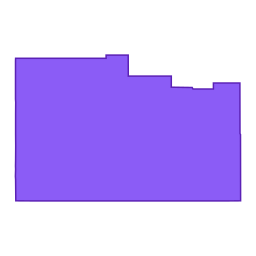 Washington, Utah, United States of America (Robinson projection)
{"feature_id": "52423323B49385096596015", "entity_name": "Washington", "entity_type": "district", "adm_level": 2, "iso_a3": "USA", "parent_name": "United States of America", "parent_adm1": "Utah", "projection": "robinson", "projection_center": [-113.676, 37.309], "detail": "fine", "context": "isolated", "style": "filled", "palette": "violet", "viewbox_px": 256, "rotation_deg": 0, "n_neighbors": 0, "source": "geoboundaries", "source_scale": "gbopen_adm2", "svg_char_len": 595}
<svg xmlns="http://www.w3.org/2000/svg" viewBox="0 0 256 256"><path d="M240.6,200.8L240.5,134.5L240.0,133.7L239.9,83.0L213.4,83.0L213.4,89.0L193.0,89.0L192.2,87.5L171.3,87.2L171.3,76.1L132.0,76.1L128.3,76.1L128.2,55.1L106.1,55.1L106.1,58.3L15.6,58.3L15.5,61.1L15.5,78.8L15.5,82.4L15.5,84.9L15.5,89.5L15.5,99.1L15.7,102.3L15.6,113.5L15.6,131.7L15.6,131.8L15.6,133.8L15.6,134.0L15.7,145.8L15.6,160.3L15.5,166.2L15.6,169.2L15.4,176.4L15.6,179.5L15.6,180.1L15.8,200.8L32.3,200.9L112.0,200.9L124.3,200.9L156.0,200.9L227.5,200.9L240.6,200.8Z" fill="#8b5cf6" stroke="#5b21b6" stroke-width="1.5"/></svg>